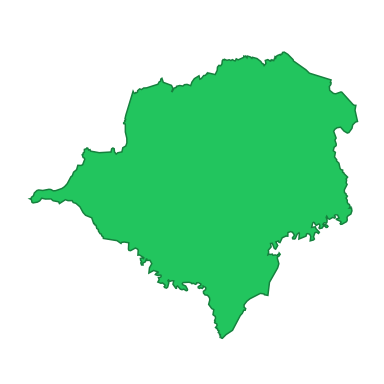 Mueang Khon Kaen, Khon Kaen, Thailand (Albers equal-area conic projection), rotated 93°
{"feature_id": "78962969B54788642666507", "entity_name": "Mueang Khon Kaen", "entity_type": "district", "adm_level": 2, "iso_a3": "THA", "parent_name": "Thailand", "parent_adm1": "Khon Kaen", "projection": "albers", "projection_center": [102.826, 16.427], "detail": "fine", "context": "isolated", "style": "filled", "palette": "green", "viewbox_px": 384, "rotation_deg": 93, "n_neighbors": 0, "source": "geoboundaries", "source_scale": "gbopen_adm2", "svg_char_len": 5913}
<svg xmlns="http://www.w3.org/2000/svg" viewBox="0 0 384 384"><g transform="rotate(93 192 192)"><path d="M80.0,228.0L80.8,229.0L83.1,229.3L83.7,230.5L86.2,231.7L90.4,242.8L90.7,245.7L92.3,247.7L91.8,249.7L93.7,251.6L95.0,251.6L95.8,252.6L95.6,253.4L96.6,254.2L96.0,255.3L94.5,256.1L118.7,262.1L122.3,262.7L122.8,262.1L124.2,262.9L124.6,262.4L126.6,263.9L127.3,263.8L127.6,262.3L128.4,262.1L135.6,261.7L141.8,259.9L146.3,259.6L149.5,260.5L151.4,263.4L155.6,264.1L156.7,268.2L158.1,269.7L156.0,271.5L152.8,272.0L152.2,273.3L153.1,274.5L156.3,275.0L157.6,286.7L156.5,295.4L155.0,296.1L155.5,297.4L153.6,298.5L153.6,299.4L154.3,299.7L155.1,301.7L157.8,301.6L158.9,302.8L160.3,302.8L160.6,303.6L163.3,302.5L163.7,301.3L164.9,300.8L170.4,302.6L171.3,304.1L171.3,307.4L175.7,308.4L178.4,311.3L182.0,312.4L183.1,313.7L190.2,317.0L193.4,319.6L195.3,322.1L197.8,328.2L198.1,330.6L196.9,333.1L196.8,335.0L198.3,341.1L198.0,345.2L198.6,346.9L201.2,349.4L204.0,350.1L205.6,352.0L206.9,352.3L207.3,353.6L207.9,352.1L210.7,351.2L211.2,350.1L210.2,345.8L208.8,343.6L206.1,341.8L206.7,338.0L206.3,332.5L208.0,330.2L208.8,324.6L210.5,323.8L206.3,318.0L207.1,315.5L206.9,311.2L208.7,310.1L209.4,307.3L212.7,303.1L218.2,299.7L220.8,297.1L223.0,290.8L228.7,288.5L228.5,287.9L229.9,287.3L230.3,286.1L233.4,285.2L234.3,283.6L235.9,283.4L238.4,281.6L238.7,280.5L240.6,279.7L241.4,278.4L243.0,278.1L244.5,264.3L247.1,260.2L246.0,259.6L245.5,257.1L246.0,252.5L252.4,252.5L253.6,251.9L253.8,250.3L250.9,245.6L251.8,243.5L252.8,242.7L257.9,242.7L257.6,241.2L260.1,236.7L261.1,236.9L260.5,238.2L261.0,240.1L263.0,239.7L263.8,238.8L265.5,239.4L267.5,238.6L267.5,237.1L265.6,237.3L264.2,235.0L261.3,234.1L261.3,233.6L262.7,233.4L262.4,230.4L265.7,228.4L269.9,230.5L275.2,230.8L272.4,226.2L273.5,221.8L274.4,221.6L274.9,223.4L276.4,224.3L277.0,222.3L276.6,218.8L277.5,218.3L278.8,218.9L279.1,221.1L281.2,220.2L283.7,221.4L284.8,218.2L284.3,216.8L286.1,214.2L286.9,214.0L288.1,214.9L289.0,213.9L289.3,212.4L288.2,211.3L283.9,210.4L281.6,211.4L281.0,210.8L282.4,209.4L281.6,207.3L281.7,205.6L285.1,206.2L289.0,203.1L289.0,202.5L287.2,202.4L286.6,201.5L289.6,198.6L290.1,196.9L289.5,195.1L290.9,192.6L290.5,191.5L289.5,191.4L286.2,193.4L285.0,196.5L283.9,196.9L282.9,196.1L282.3,190.2L282.8,188.1L283.6,187.3L283.1,185.9L284.0,183.7L283.4,182.6L282.4,182.5L282.2,180.9L283.3,178.4L284.5,178.3L286.1,180.8L287.3,180.8L287.9,179.5L287.2,178.2L287.8,176.7L286.7,175.8L285.4,175.9L286.5,173.5L287.3,173.1L288.8,173.4L290.6,175.4L292.4,175.2L294.1,173.6L294.3,171.1L296.7,169.0L299.0,168.6L303.4,169.5L307.4,166.2L308.3,164.1L313.4,164.6L315.1,162.2L317.0,161.9L319.1,162.7L319.8,162.0L320.8,162.7L321.6,162.3L322.3,160.5L323.8,159.9L326.0,161.3L326.2,160.4L327.0,160.5L327.3,159.4L328.6,159.1L329.2,157.9L331.0,158.4L331.7,157.2L333.1,157.0L333.0,156.2L335.3,156.3L335.0,155.8L336.3,155.2L336.5,154.0L332.6,150.5L328.0,144.3L312.8,137.3L310.5,135.4L307.3,134.1L307.3,132.7L305.6,132.3L304.4,133.9L302.0,134.1L298.2,131.5L295.6,128.6L289.7,118.5L289.9,115.8L290.2,114.5L290.8,114.3L291.3,110.8L278.1,109.9L263.3,102.5L259.1,101.5L253.5,103.4L252.4,103.2L251.6,101.9L249.6,100.7L248.3,101.8L249.7,102.2L250.0,103.2L251.0,103.7L250.5,105.6L251.0,107.8L249.8,108.6L250.3,110.1L250.0,111.3L250.8,112.9L248.0,112.3L246.2,112.8L242.7,110.1L239.3,110.9L239.0,109.2L244.1,106.8L244.7,105.5L240.9,103.6L237.5,105.7L236.4,103.2L237.7,102.5L237.9,101.5L233.0,99.5L231.1,95.9L231.1,94.0L227.5,94.1L226.4,91.5L226.9,89.6L229.7,87.4L232.5,89.3L233.5,89.0L233.6,87.3L233.1,86.4L228.5,84.7L227.1,83.0L227.8,82.6L233.4,82.8L230.1,75.8L227.9,75.4L227.5,74.3L228.0,72.3L230.2,71.1L234.6,71.4L233.5,68.1L232.5,67.3L230.4,68.3L226.2,67.1L225.6,65.7L226.8,63.5L225.5,62.7L222.0,66.4L220.3,67.0L221.1,70.7L216.6,69.8L215.9,69.1L216.2,68.2L218.3,67.0L218.8,66.1L217.3,63.9L217.5,63.1L219.2,62.5L221.2,63.3L221.9,62.7L221.1,60.1L218.9,58.8L219.1,57.6L220.4,56.2L220.2,55.1L219.3,54.4L218.4,55.0L217.6,56.8L218.0,59.0L217.4,59.6L215.8,58.2L216.1,56.3L215.4,55.7L213.3,55.6L210.2,56.7L209.1,56.2L211.5,54.7L212.0,53.2L210.0,50.2L210.6,48.0L209.5,47.5L208.4,48.5L207.8,48.4L207.2,47.1L207.4,45.4L210.3,43.8L211.2,46.0L211.9,46.3L213.6,42.0L214.3,41.6L215.8,42.4L216.5,41.8L216.3,40.5L213.5,36.1L211.9,35.5L209.2,35.9L207.7,35.0L205.7,32.2L202.5,31.3L199.7,31.9L199.8,33.1L199.1,32.8L199.4,33.7L198.8,33.2L196.2,34.2L195.7,35.4L194.0,36.5L192.1,36.5L190.1,37.8L188.0,36.6L186.8,38.0L185.7,38.1L184.6,39.7L182.0,40.0L176.3,37.5L174.8,38.6L172.0,38.2L171.0,38.8L169.0,37.4L165.9,40.9L164.8,41.5L164.4,42.6L162.2,42.7L162.0,44.1L160.9,45.3L155.5,46.8L153.4,49.3L152.2,49.2L149.6,51.5L144.9,50.9L143.4,53.1L139.9,52.4L138.2,50.5L136.5,50.5L132.7,52.0L130.6,50.9L124.0,53.7L122.0,52.7L120.3,50.6L119.5,47.0L123.2,43.4L125.0,40.0L124.4,38.4L120.1,35.6L116.5,35.0L113.6,32.4L112.9,30.4L101.8,33.5L96.9,32.9L96.9,34.6L96.0,36.0L84.5,47.6L84.3,48.5L86.4,53.6L86.2,55.8L83.3,59.8L79.5,60.4L77.4,59.0L75.7,58.8L75.5,59.6L72.8,59.0L67.2,81.0L64.1,84.5L55.8,97.6L54.5,98.0L49.5,103.5L47.5,107.2L47.9,108.9L49.2,109.0L49.7,110.3L50.6,110.6L50.1,111.4L51.4,114.2L52.4,114.8L52.4,116.0L53.1,115.5L53.6,116.3L54.3,115.7L54.6,116.7L56.5,117.3L55.8,119.1L56.6,119.3L56.2,120.1L57.2,120.7L55.8,123.2L56.8,125.7L59.8,124.9L62.0,126.6L60.4,127.5L60.1,128.6L58.0,130.2L55.3,134.1L54.3,138.8L55.3,139.2L54.0,141.0L53.4,143.7L55.1,144.1L53.4,145.4L54.1,146.0L53.5,147.3L54.9,147.5L57.6,152.8L56.7,154.8L58.7,155.5L58.7,156.6L57.7,158.6L58.7,160.0L58.0,161.8L58.7,164.0L57.8,166.4L58.5,166.7L58.1,167.8L59.3,168.6L62.6,168.8L64.5,170.0L64.1,171.7L66.0,173.1L69.2,173.2L73.5,175.0L72.3,181.8L73.0,182.4L72.3,182.9L74.8,184.7L75.1,186.4L78.2,188.6L79.0,190.0L75.6,191.1L78.7,195.6L82.2,197.8L85.9,198.9L84.8,202.5L85.2,205.1L86.7,206.7L86.3,209.8L87.3,213.0L88.3,213.1L89.2,215.3L92.8,217.0L92.6,217.5L89.7,216.4L86.6,218.1L84.0,226.4L80.0,228.0Z" fill="#22c55e" stroke="#15803d" stroke-width="1.5"/></g></svg>